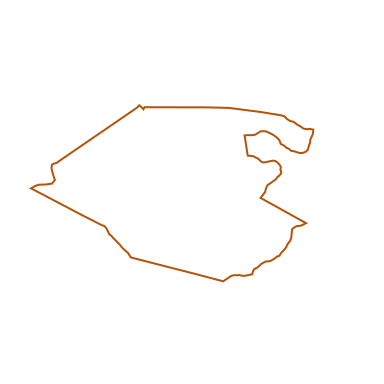 the district of Bonito, Pará, Brazil, rotated 239°
{"feature_id": "56859067B73702503430896", "entity_name": "Bonito", "entity_type": "district", "adm_level": 2, "iso_a3": "BRA", "parent_name": "Brazil", "parent_adm1": "Pará", "projection": "albers", "projection_center": [-47.328, -1.394], "detail": "fine", "context": "isolated", "style": "outline", "palette": "amber", "viewbox_px": 384, "rotation_deg": 239, "n_neighbors": 0, "source": "geoboundaries", "source_scale": "gbopen_adm2", "svg_char_len": 1739}
<svg xmlns="http://www.w3.org/2000/svg" viewBox="0 0 384 384"><g transform="rotate(239 192 192)"><path d="M292.6,188.3L287.5,103.1L286.7,90.7L287.4,88.4L287.4,85.9L285.1,84.0L282.9,83.2L277.8,81.7L275.2,81.2L272.9,80.6L272.0,78.3L271.3,76.1L272.4,73.9L273.5,71.0L277.2,64.3L277.9,60.8L278.0,55.9L227.2,86.8L210.2,97.5L208.0,99.3L205.2,99.9L201.6,99.7L198.8,99.3L195.2,100.5L192.9,100.8L189.5,101.7L184.5,102.9L180.5,103.4L175.4,104.8L172.6,105.8L167.5,105.8L147.3,125.7L120.3,152.4L99.4,172.7L99.8,180.5L99.8,183.0L98.9,185.5L97.4,187.8L96.3,190.0L94.4,191.8L93.0,194.0L91.8,197.4L90.5,201.2L92.4,203.2L93.9,205.7L93.6,208.9L94.0,211.7L94.7,214.1L94.5,219.1L92.5,223.6L92.4,228.6L92.9,231.5L92.4,234.2L93.8,237.0L95.3,242.0L96.1,244.2L97.6,246.2L98.7,248.5L99.7,251.1L101.2,253.1L103.2,254.7L108.5,258.5L109.0,261.7L108.8,264.2L107.5,266.9L106.9,269.1L106.6,273.7L151.6,247.7L154.3,254.5L157.8,258.3L159.0,260.4L159.2,264.4L159.8,270.7L160.8,272.8L161.1,275.2L162.3,278.4L165.9,279.5L167.6,281.0L170.1,281.1L172.7,280.6L175.4,279.6L177.1,277.7L178.0,275.3L179.7,270.2L181.1,267.7L183.3,266.6L186.1,266.1L191.3,262.8L194.5,258.5L213.4,266.2L212.1,269.0L210.0,272.3L208.6,275.7L208.7,281.9L207.6,284.1L205.8,286.7L202.8,288.8L199.0,291.1L195.0,292.8L191.2,293.6L187.7,292.8L184.5,294.7L181.3,295.7L179.0,297.3L175.9,298.4L174.4,300.5L172.1,302.4L169.8,304.6L168.4,307.3L167.9,310.5L168.8,313.5L171.4,315.9L173.4,318.5L176.1,320.5L177.6,322.8L179.8,325.8L183.0,328.1L185.5,325.4L186.9,322.3L189.2,320.1L192.3,318.8L195.5,316.9L199.7,315.3L202.5,312.5L206.0,310.9L209.2,310.3L212.0,307.7L225.5,291.7L245.1,266.9L256.6,248.8L289.1,195.0L287.9,193.0L290.4,192.5L293.5,191.4L292.6,188.3Z" fill="none" stroke="#b45309" stroke-width="2"/></g></svg>